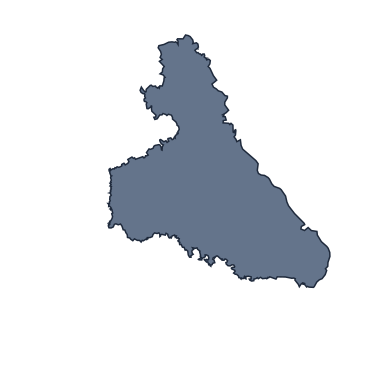 the district of Sirajganj, Rajshahi, Bangladesh, rotated 330°
{"feature_id": "16705992B55394931042500", "entity_name": "Sirajganj", "entity_type": "district", "adm_level": 2, "iso_a3": "BGD", "parent_name": "Bangladesh", "parent_adm1": "Rajshahi", "projection": "natural_earth1", "projection_center": [89.578, 24.399], "detail": "fine", "context": "isolated", "style": "filled", "palette": "slate", "viewbox_px": 384, "rotation_deg": 330, "n_neighbors": 0, "source": "geoboundaries", "source_scale": "gbopen_adm2", "svg_char_len": 6077}
<svg xmlns="http://www.w3.org/2000/svg" viewBox="0 0 384 384"><g transform="rotate(330 192 192)"><path d="M130.8,132.2L131.6,132.5L130.4,134.3L129.9,137.3L130.4,137.9L129.5,138.0L128.6,139.0L128.1,141.4L126.8,142.2L126.7,143.4L125.3,143.3L125.6,145.2L124.0,145.8L124.9,147.1L123.6,147.9L123.7,149.0L122.2,149.7L122.3,150.6L121.5,150.8L121.1,151.8L120.1,151.6L120.6,152.1L120.4,154.5L118.7,154.9L116.9,157.5L116.8,158.7L115.4,159.3L114.7,160.8L113.5,160.0L113.7,161.3L112.6,162.9L113.6,163.2L114.0,165.0L113.9,165.6L112.7,165.7L113.4,166.5L112.1,166.8L113.8,167.2L112.8,170.6L111.6,170.7L111.0,173.4L109.8,174.8L107.4,176.3L106.1,176.2L106.1,177.1L104.9,177.1L104.9,178.7L104.3,179.0L103.6,178.0L103.4,179.1L102.6,179.4L102.2,181.5L104.0,182.7L106.3,182.9L108.6,181.2L110.2,181.5L111.7,183.5L114.1,184.0L114.3,186.6L113.5,190.3L114.8,191.4L114.4,194.2L114.6,196.5L113.4,199.1L115.1,200.7L115.3,202.3L116.4,204.6L118.7,203.8L120.4,206.5L122.4,207.7L122.9,209.9L124.7,209.0L125.4,209.9L128.7,209.8L129.0,210.6L129.8,210.4L129.9,209.8L130.5,210.2L130.7,209.3L132.9,210.5L135.3,210.8L137.0,209.3L139.1,208.7L141.0,210.5L142.9,210.8L143.0,212.5L141.9,214.5L142.7,214.4L143.4,213.4L144.7,213.6L147.3,216.0L148.9,214.8L149.9,216.6L149.4,217.4L149.2,220.0L149.8,220.8L150.7,220.4L151.1,221.4L152.9,220.1L155.4,220.6L155.0,222.4L155.9,221.8L156.6,222.2L155.7,223.0L155.8,224.5L157.1,224.7L157.0,225.6L157.6,226.1L156.3,227.5L155.6,227.1L155.3,228.0L156.3,229.5L155.2,230.6L155.1,231.5L156.4,232.0L156.1,235.0L157.5,236.0L157.0,239.0L158.0,239.1L158.8,241.0L157.3,244.6L157.3,247.2L158.5,248.0L159.3,246.6L161.9,246.5L161.6,245.2L162.2,243.3L163.0,242.6L164.7,242.5L164.6,240.6L166.6,242.4L168.4,242.9L168.2,244.3L169.3,247.2L168.7,247.6L167.8,251.1L167.0,251.7L167.3,253.4L163.9,253.5L164.2,254.3L166.5,255.7L167.5,254.6L170.9,254.7L171.7,254.1L171.8,253.1L172.8,253.4L174.0,255.1L173.8,257.1L172.5,258.8L171.6,258.8L171.2,257.7L169.6,258.0L169.4,256.7L168.8,256.8L169.6,260.0L170.7,260.4L170.2,263.2L171.0,263.0L171.2,264.4L170.8,264.7L171.2,265.7L172.0,264.7L173.1,265.0L174.2,264.1L176.4,264.6L177.0,262.0L176.3,260.6L177.5,259.6L178.6,259.6L178.4,260.5L181.0,259.6L182.1,260.2L183.4,264.3L184.5,265.1L183.8,265.4L183.9,266.0L185.6,267.1L186.9,266.5L187.7,267.0L188.5,269.2L187.3,270.2L186.1,270.0L185.6,271.4L186.3,273.8L188.1,275.1L190.2,275.0L191.7,276.1L191.7,277.9L191.1,278.4L189.1,277.4L188.0,277.6L187.9,278.4L189.9,281.2L189.5,282.4L187.5,283.0L188.3,284.8L189.5,285.7L190.2,287.8L189.8,289.6L190.6,290.0L191.0,292.0L192.0,291.4L192.6,292.4L193.6,292.7L195.0,291.5L194.9,293.7L195.3,294.2L196.3,292.1L198.7,293.1L200.8,295.0L199.8,296.8L198.0,296.1L198.1,297.5L199.2,299.0L201.2,299.7L202.2,298.4L204.1,299.0L205.7,298.8L206.0,300.2L208.8,300.2L209.7,302.3L213.2,303.8L213.3,304.4L214.4,304.6L215.0,303.9L215.9,304.6L216.9,304.3L221.2,309.4L223.4,308.1L230.4,312.3L235.3,316.6L237.1,317.4L238.1,318.7L237.1,319.7L237.9,325.2L237.6,327.7L240.4,326.3L242.4,326.0L243.5,327.2L242.0,327.2L243.3,328.4L243.8,331.6L244.8,331.5L245.8,332.9L249.5,335.3L250.5,335.1L255.0,332.4L258.4,331.7L261.3,332.1L266.0,330.2L269.4,327.3L269.2,325.2L272.4,324.3L274.5,321.0L279.2,316.8L281.1,313.2L281.8,308.8L281.5,306.5L279.2,299.7L279.0,292.0L280.5,288.6L276.1,285.1L274.8,280.8L270.2,281.6L267.8,278.5L269.5,276.5L273.3,276.6L273.5,275.2L270.0,261.9L268.7,252.3L269.2,248.0L271.0,242.3L270.4,234.7L269.7,232.7L265.9,228.2L265.2,224.8L265.5,219.6L265.1,217.5L263.1,213.9L260.4,211.9L258.8,209.2L259.3,206.0L263.4,200.6L263.0,196.7L257.3,180.2L257.8,176.2L260.0,171.0L256.0,170.8L256.4,168.3L256.0,165.3L258.1,164.4L260.7,160.7L260.9,159.9L260.2,159.8L258.1,161.6L257.6,160.7L260.9,154.5L260.1,152.0L258.5,152.5L258.2,150.9L253.5,147.7L254.8,145.8L257.6,146.8L258.4,143.4L256.7,142.2L258.0,141.4L257.2,140.5L261.2,140.4L264.6,139.5L263.9,133.0L265.3,130.6L269.7,128.2L270.6,126.7L268.7,124.9L267.9,120.4L265.3,117.4L264.6,114.9L263.0,112.0L263.3,108.5L269.3,107.5L268.7,102.0L269.4,93.9L268.7,91.4L271.5,90.0L273.6,87.3L272.9,85.3L270.8,85.0L270.9,83.6L271.7,83.5L270.8,82.8L270.1,81.2L271.1,80.4L271.6,78.7L270.4,77.9L268.7,78.5L268.4,76.7L267.4,76.1L266.9,74.2L265.7,73.8L265.4,70.7L267.8,70.3L268.7,71.0L269.0,70.1L270.0,69.7L271.1,66.8L270.4,65.0L266.8,63.9L268.0,62.8L268.7,60.6L268.1,56.5L267.0,54.7L264.9,52.8L260.8,54.9L256.1,52.1L255.1,52.6L255.4,54.3L253.7,57.2L253.7,55.5L253.0,53.8L251.7,53.6L249.8,52.0L246.7,50.6L241.5,50.2L236.5,48.7L234.8,50.2L235.1,54.5L234.3,57.5L231.6,59.6L232.5,62.3L229.1,62.5L230.7,69.4L228.2,70.6L226.4,73.2L223.4,73.7L225.5,76.1L226.0,79.3L224.9,79.2L223.2,81.7L219.3,85.3L217.2,84.0L216.1,85.2L216.2,84.5L215.6,84.6L215.5,85.9L215.2,84.4L214.1,84.7L213.3,83.0L213.4,82.0L210.7,80.9L210.2,79.2L209.2,78.8L203.7,80.2L202.4,82.2L201.8,82.2L200.9,80.2L200.6,75.8L197.9,78.0L197.7,80.3L198.9,82.6L200.0,82.8L200.0,83.9L198.8,85.6L198.7,87.3L197.3,87.4L196.4,88.3L196.1,89.8L197.0,90.4L197.6,92.0L196.3,93.0L194.7,97.2L195.6,98.0L198.8,97.8L199.7,97.1L200.0,97.5L198.4,99.8L197.6,102.0L199.2,107.4L198.1,108.9L196.3,108.2L196.1,110.6L198.5,111.2L202.5,109.2L204.7,110.2L206.1,109.5L208.0,111.7L208.5,113.2L210.5,112.9L212.6,115.2L212.4,117.6L211.6,119.1L213.1,123.3L213.0,125.4L212.4,126.7L213.2,128.4L212.3,131.3L209.9,132.7L209.2,134.3L208.4,133.6L207.7,134.7L205.9,134.7L205.1,135.8L204.6,135.6L204.3,136.7L203.9,135.9L202.0,136.9L201.0,136.7L200.7,134.5L197.9,133.7L197.2,134.9L197.3,136.4L195.2,136.6L195.1,134.6L192.8,134.4L191.1,130.9L190.3,130.7L189.7,131.4L189.5,133.8L189.7,135.2L190.8,136.9L188.9,138.0L187.0,140.8L186.6,140.2L187.7,137.7L187.7,135.2L186.9,134.4L183.4,133.2L181.9,133.3L180.1,134.7L177.4,134.3L176.3,133.2L172.3,135.1L172.5,138.1L170.7,138.0L169.9,137.4L168.2,138.6L167.2,138.2L167.1,136.8L159.4,135.4L159.4,133.7L158.1,133.6L157.5,131.7L152.7,131.7L152.5,134.2L150.7,135.1L147.7,135.1L147.6,133.2L147.2,133.0L144.9,133.0L144.3,134.2L142.7,134.3L141.0,134.1L139.7,132.7L138.3,133.2L137.5,132.4L136.4,133.2L135.0,132.3L132.8,132.4L132.8,130.7L131.5,130.9L130.8,132.2Z" fill="#64748b" stroke="#1e293b" stroke-width="1.5"/></g></svg>